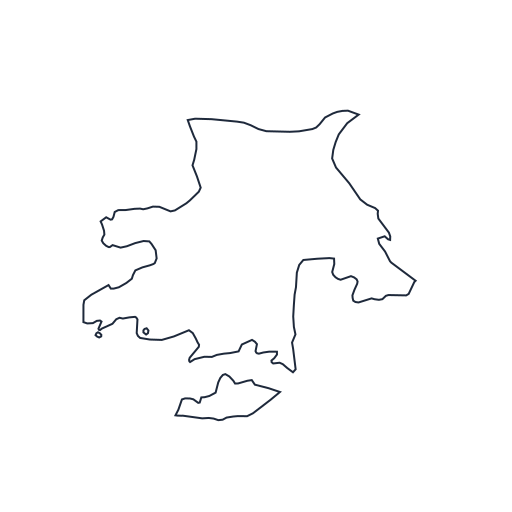 an SVG outline of Azerbaijan, rotated 309°
{"feature_id": "AZE", "entity_name": "Azerbaijan", "entity_type": "country or territory", "adm_level": 0, "iso_a3": "AZE", "parent_name": "Asia", "parent_adm1": "", "projection": "mercator", "projection_center": [46.85, 40.145], "detail": "fine", "context": "isolated", "style": "outline", "palette": "slate", "viewbox_px": 512, "rotation_deg": 309, "n_neighbors": 0, "source": "natural_earth", "source_scale": "50m", "svg_char_len": 3317}
<svg xmlns="http://www.w3.org/2000/svg" viewBox="0 0 512 512"><g transform="rotate(309 256 256)"><path d="M337.2,395.6L335.4,395.4L322.6,398.5L319.9,397.5L309.0,383.5L306.8,382.0L302.0,381.4L299.3,379.1L297.0,375.3L295.8,372.5L284.4,364.9L282.8,362.2L282.5,359.7L284.2,357.5L286.1,355.7L291.6,353.8L298.1,352.1L300.1,351.0L301.2,348.9L301.1,345.7L300.1,342.5L290.8,336.7L289.8,334.1L289.5,331.1L290.0,327.8L291.5,325.3L299.0,321.9L303.1,318.3L300.6,314.4L292.4,305.3L282.7,295.3L276.3,295.2L268.8,298.2L256.9,306.7L250.3,310.3L241.7,316.3L232.4,323.0L224.7,330.1L219.9,336.0L211.4,338.5L207.1,343.4L192.9,358.1L188.9,357.9L188.6,350.6L188.8,344.9L187.9,341.5L183.3,337.0L183.3,335.0L184.5,333.8L188.0,334.5L192.6,334.3L194.8,332.5L189.9,326.4L185.6,322.4L181.9,319.7L181.1,318.1L181.1,316.9L181.8,315.5L188.1,312.2L188.7,309.1L188.3,305.7L178.3,300.7L170.9,302.5L164.2,296.9L159.9,292.5L154.5,287.8L149.8,285.2L145.2,279.3L137.2,273.2L132.1,271.5L132.2,270.5L133.1,269.4L135.2,268.5L149.4,268.7L151.2,267.6L152.1,265.0L154.0,261.1L156.3,255.4L156.1,250.6L141.8,242.8L131.5,235.6L124.3,226.1L119.4,217.5L119.6,214.5L121.0,211.8L132.1,203.8L132.8,201.7L132.6,200.3L128.6,196.2L123.6,191.9L122.1,188.8L118.9,187.2L113.0,187.1L102.6,181.9L100.3,181.4L99.8,180.3L100.4,179.3L107.8,177.2L107.7,175.4L105.4,173.1L101.2,171.5L97.4,167.3L96.0,163.5L109.5,152.6L113.5,150.4L122.3,152.4L140.6,159.7L139.3,163.7L141.2,166.0L145.4,169.1L153.4,172.2L160.2,173.8L163.7,172.4L168.9,171.3L175.7,174.9L182.0,179.4L185.2,181.3L186.8,181.8L191.6,180.3L197.3,174.4L199.6,167.3L200.2,163.9L196.9,159.2L190.0,154.0L182.3,149.5L177.3,145.5L174.2,137.7L171.0,136.8L170.2,135.8L169.6,133.1L169.8,129.3L170.9,126.4L174.0,125.2L177.2,124.7L180.0,122.0L183.6,116.5L185.1,113.5L191.8,115.2L192.7,120.1L193.9,121.1L196.7,120.6L201.3,118.5L205.0,120.1L209.8,125.9L216.3,132.0L219.9,136.1L221.3,138.9L224.6,141.6L229.5,144.8L233.4,149.9L236.9,161.5L240.4,164.3L253.1,168.7L257.5,169.6L270.0,171.1L274.3,170.0L280.7,160.0L286.5,149.6L291.9,147.4L301.6,142.4L307.4,137.7L309.8,132.6L315.3,122.9L318.7,117.4L324.4,122.3L334.4,135.4L348.5,156.7L352.0,162.7L354.3,169.6L356.2,178.0L359.5,185.5L373.8,204.1L380.0,211.0L390.1,219.9L393.7,221.9L398.4,222.5L407.1,222.5L415.1,226.0L419.1,228.4L423.2,231.9L426.8,236.0L430.5,246.8L416.6,243.3L402.6,243.8L394.7,246.2L387.1,249.3L379.7,253.8L375.1,262.5L371.2,282.7L365.6,301.4L365.8,310.1L368.2,318.4L368.0,322.3L365.4,324.0L362.1,327.5L357.8,344.6L355.7,348.0L352.9,350.1L352.1,348.1L352.3,343.6L346.2,339.7L343.0,344.1L340.7,353.5L336.3,363.4L336.0,365.2L337.2,395.6ZM130.4,219.3L131.0,216.5L129.2,215.3L127.4,215.3L125.8,216.6L125.8,220.0L128.0,220.6L130.4,219.3ZM84.5,298.0L82.4,295.2L81.5,293.7L87.7,292.4L97.9,288.7L100.7,290.5L103.7,294.3L105.2,297.5L105.5,303.5L106.7,304.5L111.7,302.5L113.9,304.9L117.8,307.8L124.4,310.6L134.0,306.2L138.8,305.0L142.7,305.1L144.9,306.5L145.6,311.1L144.8,316.9L143.7,320.0L145.7,322.3L153.6,327.8L156.9,330.8L155.3,336.1L161.2,349.0L163.1,354.1L165.4,360.2L153.4,357.8L131.8,352.6L125.9,349.9L120.2,342.7L116.9,339.3L111.9,334.8L107.8,333.1L104.7,330.0L103.0,325.4L100.4,321.2L96.0,316.4L85.9,299.7L84.5,298.0ZM97.4,185.4L96.1,186.3L94.0,185.4L93.4,183.3L93.5,181.1L95.6,180.6L97.3,181.2L97.7,183.2L97.4,185.4Z" fill="none" stroke="#1e293b" stroke-width="2"/></g></svg>